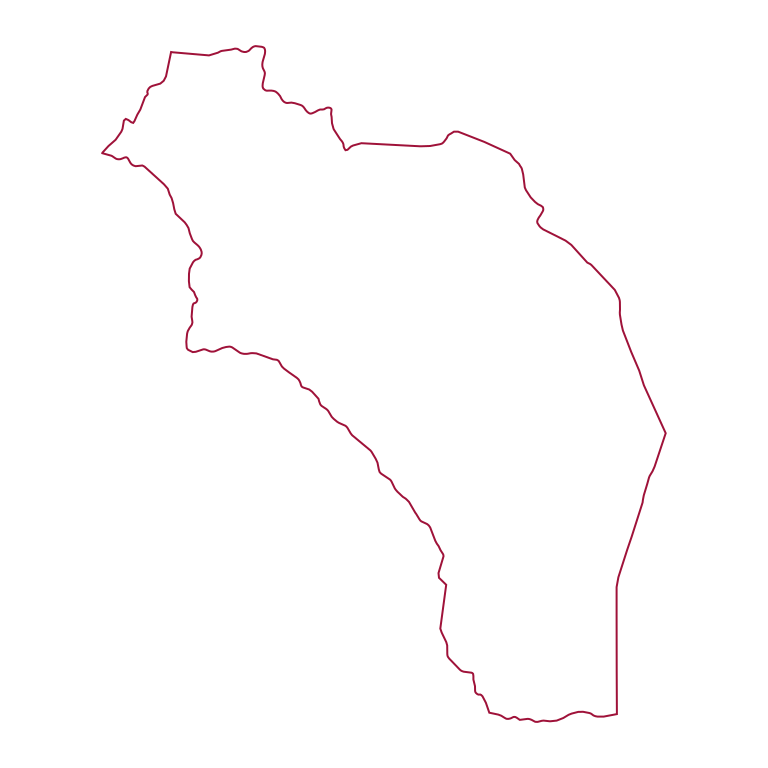 an SVG outline of La Rioja
{"feature_id": "ARG-1302", "entity_name": "La Rioja", "entity_type": "Province", "adm_level": 1, "iso_a3": "ARG", "parent_name": "Argentina", "parent_adm1": "", "projection": "natural_earth1", "projection_center": [-67.822, -29.835], "detail": "fine", "context": "isolated", "style": "outline", "palette": "rose", "viewbox_px": 768, "rotation_deg": 0, "n_neighbors": 0, "source": "natural_earth", "source_scale": "10m", "svg_char_len": 5646}
<svg xmlns="http://www.w3.org/2000/svg" viewBox="0 0 768 768"><path d="M133.2,122.9L134.4,121.2L137.3,114.7L140.3,109.6L145.0,97.1L147.6,94.5L147.7,93.3L147.3,92.3L147.4,91.0L148.7,88.5L150.3,86.9L152.4,85.9L160.3,83.6L163.7,80.8L166.0,76.4L171.1,52.0L172.9,52.3L209.0,55.4L217.9,52.7L220.5,51.3L221.8,50.9L231.2,49.6L234.6,48.7L236.0,48.7L237.1,48.8L238.0,49.1L240.9,51.0L242.0,51.5L244.1,52.0L245.3,52.0L246.3,51.9L248.4,51.0L249.0,50.6L250.1,49.5L251.1,48.4L252.7,47.1L254.2,46.4L255.6,46.1L261.7,46.8L263.2,47.3L264.1,47.8L264.5,48.5L264.8,49.2L265.0,50.0L265.1,50.9L265.1,51.8L264.9,53.9L262.7,61.5L262.5,62.6L262.3,64.5L262.4,66.3L262.8,68.0L263.1,68.7L264.5,71.5L264.7,72.2L264.9,73.1L264.8,74.0L264.7,75.0L262.8,83.2L262.6,85.3L262.6,86.2L262.7,87.1L263.2,88.3L263.2,88.5L263.5,88.8L265.2,90.2L266.3,90.6L267.3,90.7L268.9,90.6L271.4,90.6L273.5,90.9L274.8,91.3L275.7,91.7L277.0,92.7L278.2,93.8L280.1,96.1L281.5,98.9L282.7,100.6L284.1,101.9L285.2,102.5L286.3,102.9L287.2,103.0L291.4,102.6L294.8,103.2L300.6,105.0L301.9,105.6L302.6,106.1L303.7,107.2L305.0,109.0L305.4,109.7L306.9,111.5L308.6,112.9L309.8,113.5L310.9,113.6L312.4,113.2L315.1,112.0L317.7,110.5L319.8,109.6L320.5,109.5L322.6,109.5L324.0,109.3L326.1,108.1L327.1,107.7L328.9,107.6L330.3,108.0L331.1,108.6L331.5,109.4L331.5,110.3L331.1,113.5L331.1,114.4L331.6,116.9L332.0,123.2L333.5,128.7L333.8,129.4L340.0,139.0L342.0,141.4L342.8,142.7L343.1,143.4L343.4,144.2L343.7,146.7L344.3,148.3L345.5,150.2L347.5,149.8L350.9,146.6L353.1,145.5L361.4,143.2L420.4,146.3L430.1,146.0L440.1,144.2L441.9,143.6L443.1,142.7L444.1,141.6L446.4,138.6L447.0,137.6L447.3,136.9L447.7,136.1L448.1,135.4L448.6,135.0L449.4,134.4L450.9,133.6L453.9,131.7L458.2,131.7L484.3,141.9L510.2,153.7L514.7,160.1L519.0,163.9L520.1,165.9L521.1,167.3L521.6,168.2L521.9,169.0L523.2,174.5L524.8,187.5L526.0,190.2L530.7,197.4L535.0,201.9L537.4,203.8L538.1,204.3L541.0,205.7L542.8,207.1L543.1,207.9L543.3,209.2L543.2,210.2L542.8,211.2L540.3,215.5L539.2,217.0L538.5,218.1L537.5,220.1L537.2,221.4L537.3,222.4L537.5,223.2L539.5,226.2L540.7,227.5L543.2,229.4L565.5,240.6L571.3,244.9L587.3,262.6L590.1,264.0L591.3,264.9L614.8,289.9L619.0,297.9L619.7,300.3L619.9,302.0L620.0,309.6L619.8,312.5L619.9,314.6L621.5,324.5L622.9,330.5L631.2,351.9L639.2,370.6L643.9,385.3L665.7,433.2L654.6,466.6L652.5,471.3L649.7,475.9L649.0,477.6L647.2,484.1L643.8,495.3L642.9,500.0L642.6,502.5L631.7,536.6L629.0,544.5L627.2,549.8L618.4,577.2L616.6,587.1L616.6,615.2L616.7,671.4L616.9,714.1L603.7,716.6L597.5,716.6L595.4,716.2L594.3,715.8L593.4,715.4L591.4,713.9L590.7,713.5L589.3,713.0L583.1,711.8L578.2,711.9L571.6,713.6L568.6,714.8L563.3,718.0L556.7,720.6L550.0,721.3L543.6,720.6L541.8,720.8L537.6,721.9L536.1,721.9L535.0,721.7L531.5,719.8L529.6,719.1L528.3,718.9L527.3,718.9L520.4,719.8L519.6,719.8L519.4,719.6L516.7,717.7L515.3,717.0L514.3,716.9L513.4,717.0L510.6,718.4L508.4,718.9L507.2,718.9L506.2,718.7L504.9,718.0L501.2,715.7L498.3,714.6L489.3,712.7L485.9,702.8L482.5,696.3L481.2,695.0L480.1,694.5L479.3,694.6L478.4,694.6L477.3,694.1L475.9,692.9L475.3,691.9L475.1,690.9L475.0,686.2L473.4,679.5L473.4,678.6L473.4,676.0L473.1,673.9L472.4,673.1L471.5,672.7L463.7,671.7L462.0,671.1L461.2,670.7L459.9,669.7L449.2,658.6L448.1,657.1L447.5,655.8L447.3,654.1L447.2,645.5L446.3,642.2L441.7,632.6L440.3,628.6L446.2,584.8L439.0,577.8L438.5,573.1L443.5,556.4L443.4,555.1L443.1,554.2L440.6,550.3L438.6,546.1L436.8,543.6L435.3,540.8L430.2,527.5L428.9,525.6L427.7,524.5L427.0,524.0L421.4,521.4L420.4,520.6L419.5,519.4L416.1,513.8L415.2,512.6L409.0,501.9L406.8,499.7L405.6,498.6L402.8,496.8L397.4,491.7L395.7,489.7L394.8,488.4L391.5,481.5L390.7,480.3L389.9,479.5L381.2,473.7L380.2,472.7L379.5,471.8L379.3,471.0L378.8,469.4L377.5,462.7L375.7,458.8L371.6,451.9L370.5,450.5L352.2,435.3L350.7,433.4L347.3,427.6L346.4,426.6L345.5,425.8L339.0,422.9L337.2,421.8L333.6,418.8L331.7,416.8L328.2,410.9L327.3,409.9L326.4,409.1L321.7,406.0L320.8,405.1L320.2,404.2L319.1,401.2L318.5,398.8L312.1,391.7L309.2,389.5L303.2,387.5L302.2,387.0L301.5,386.3L301.2,385.6L300.9,384.9L300.5,383.3L299.6,381.2L298.6,379.5L296.9,377.9L289.2,372.5L284.0,368.6L281.9,366.5L278.8,361.1L277.8,360.3L276.8,359.8L272.9,359.3L256.4,353.4L252.4,353.1L250.7,353.2L247.5,353.8L245.6,353.9L244.2,353.9L242.1,353.5L240.8,353.1L239.9,352.7L232.2,347.4L230.7,346.8L229.4,346.6L226.1,347.0L222.3,348.0L215.4,351.1L214.4,351.4L213.2,351.6L211.2,351.6L209.6,351.2L205.8,349.6L204.5,349.3L203.4,349.3L195.8,351.8L192.7,352.1L188.1,349.8L187.5,349.1L186.8,348.1L186.6,346.4L186.3,341.8L187.1,333.7L187.6,331.7L187.9,330.9L189.7,327.7L191.6,325.1L192.0,324.1L192.4,322.6L192.3,321.1L191.6,316.7L192.4,307.0L192.9,304.8L193.5,303.6L194.2,303.2L195.0,303.0L195.8,302.6L196.5,301.9L197.2,300.6L197.3,299.6L197.2,298.8L196.8,298.1L196.3,297.5L195.1,295.0L194.0,292.0L191.6,289.6L189.6,287.2L188.9,281.2L189.0,273.8L189.7,268.6L193.0,262.3L194.2,260.9L195.6,259.8L197.0,259.4L198.8,258.6L200.2,257.5L201.4,255.0L201.7,253.3L201.6,251.9L201.0,250.0L200.6,249.1L199.9,247.9L199.0,246.6L197.6,245.2L194.3,242.4L192.9,240.9L192.0,239.1L189.8,233.3L188.5,228.1L186.7,225.0L184.7,222.3L175.7,213.8L174.3,209.3L173.1,203.1L171.6,198.1L169.7,194.6L167.8,188.7L164.0,184.3L144.6,166.7L143.4,166.0L142.3,165.5L135.7,166.2L134.6,165.9L133.4,165.5L131.7,164.4L130.9,163.5L130.3,162.7L128.1,158.7L127.3,157.8L126.4,157.3L125.6,157.3L124.1,157.7L122.8,158.3L120.6,159.1L118.9,159.3L117.1,159.1L116.0,158.7L114.9,158.0L112.3,156.2L111.3,155.7L102.3,153.2L102.4,152.7L108.5,146.0L115.6,139.8L121.3,131.7L122.5,128.9L123.9,120.6L125.8,118.9L128.5,120.1L131.2,122.2L133.2,122.9Z" fill="none" stroke="#9f1239" stroke-width="2"/></svg>